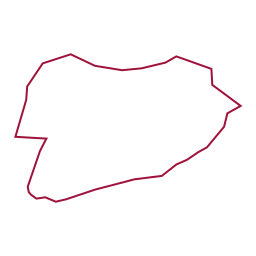 the district of O'giinuur, Arhangay, Mongolia
{"feature_id": "93677404B35332958759491", "entity_name": "O'giinuur", "entity_type": "district", "adm_level": 2, "iso_a3": "MNG", "parent_name": "Mongolia", "parent_adm1": "Arhangay", "projection": "mercator", "projection_center": [102.599, 47.708], "detail": "fine", "context": "isolated", "style": "outline", "palette": "rose", "viewbox_px": 256, "rotation_deg": 0, "n_neighbors": 0, "source": "geoboundaries", "source_scale": "gbopen_adm2", "svg_char_len": 573}
<svg xmlns="http://www.w3.org/2000/svg" viewBox="0 0 256 256"><path d="M15.4,136.8L46.4,138.6L43.0,145.1L39.9,151.2L39.8,151.5L27.7,186.8L28.8,192.1L31.0,194.7L36.4,198.6L45.2,197.3L55.8,201.7L66.1,199.3L95.1,189.6L134.5,179.3L161.8,175.9L176.1,164.7L176.3,164.5L187.0,159.8L198.2,152.2L198.4,152.1L206.8,147.4L207.0,147.3L224.1,126.7L227.4,113.3L240.6,105.9L212.3,84.9L211.4,68.9L185.1,59.5L176.3,56.4L165.5,62.6L142.1,68.2L141.9,68.3L122.1,70.2L94.9,65.8L70.7,54.3L42.7,63.4L27.3,86.3L27.2,86.5L26.2,99.9L15.4,136.8Z" fill="none" stroke="#9f1239" stroke-width="2"/></svg>